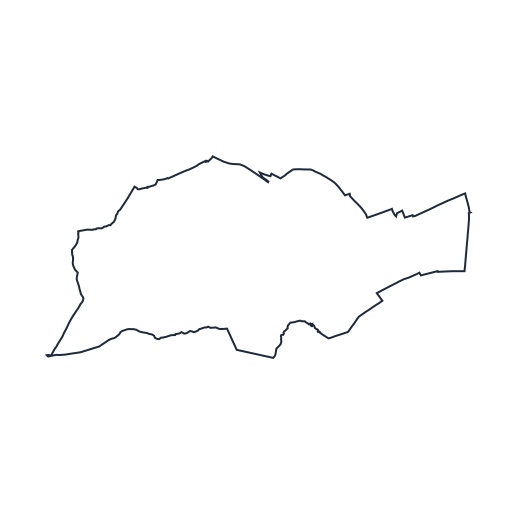 outline of Sarata, Bacau, Romania, rotated 355°
{"feature_id": "2599482B72000183415185", "entity_name": "Sarata", "entity_type": "district", "adm_level": 2, "iso_a3": "ROU", "parent_name": "Romania", "parent_adm1": "Bacau", "projection": "natural_earth1", "projection_center": [26.869, 46.503], "detail": "fine", "context": "isolated", "style": "outline", "palette": "slate", "viewbox_px": 512, "rotation_deg": 355, "n_neighbors": 0, "source": "geoboundaries", "source_scale": "gbopen_adm2", "svg_char_len": 5714}
<svg xmlns="http://www.w3.org/2000/svg" viewBox="0 0 512 512"><g transform="rotate(355 256 256)"><path d="M473.1,231.4L472.6,231.1L472.3,227.7L472.3,226.5L471.9,224.1L471.4,221.1L470.1,214.2L469.8,211.9L468.0,212.4L464.1,213.7L457.9,215.8L453.6,217.1L450.3,218.2L445.3,220.0L441.6,221.3L437.6,222.9L435.5,223.7L433.6,224.4L432.9,224.7L418.2,229.9L416.0,230.3L415.6,229.0L409.7,230.3L407.7,230.7L405.6,223.5L400.2,225.7L399.0,228.8L397.7,227.2L397.3,226.2L396.8,225.2L396.0,223.1L395.5,220.9L394.6,221.2L393.5,221.5L392.4,221.8L391.6,222.0L388.0,223.0L385.8,223.6L378.1,225.6L370.2,227.6L369.8,226.3L369.2,224.1L366.9,220.1L365.5,217.9L364.8,216.9L364.1,216.0L362.5,214.0L361.8,213.1L358.9,209.7L354.9,204.6L354.8,202.2L349.9,203.3L347.6,199.5L344.5,194.7L342.5,192.0L340.4,189.6L338.0,187.5L333.4,184.0L329.6,181.4L327.4,179.8L322.4,177.1L320.9,176.0L318.0,174.6L313.8,174.2L306.5,173.3L303.3,173.1L301.5,173.0L300.0,173.2L299.1,173.7L298.8,173.9L293.9,176.7L291.7,178.4L287.1,180.8L279.8,176.1L278.6,175.3L278.1,176.2L277.7,177.1L277.3,177.8L273.9,176.5L269.6,174.6L267.2,173.2L267.7,174.4L268.4,176.2L269.0,177.4L269.9,178.6L271.4,179.9L273.3,181.4L274.2,182.4L274.8,182.8L274.4,183.5L271.2,180.7L263.5,174.3L261.0,172.3L258.5,170.3L252.7,165.8L250.7,164.7L247.9,163.3L244.5,162.8L241.3,162.4L237.4,161.5L232.4,159.4L229.3,157.6L225.9,155.6L221.6,153.0L221.2,153.6L220.0,154.9L218.1,156.4L216.4,157.8L215.8,157.6L215.7,157.1L215.5,156.9L215.1,157.0L214.6,157.6L214.2,157.9L213.9,157.8L214.4,157.2L215.0,156.5L207.2,159.5L204.3,161.2L201.1,162.5L198.6,163.4L196.3,164.2L194.5,164.6L192.2,165.3L189.5,166.2L188.0,166.7L186.2,167.3L185.5,167.6L182.5,168.6L182.2,168.7L180.5,169.3L179.6,169.6L175.2,171.1L174.7,170.7L171.1,171.6L166.3,171.9L164.7,171.7L162.6,175.4L162.1,176.1L159.8,176.9L157.8,177.2L156.0,177.7L153.9,177.7L153.8,178.6L151.5,178.4L150.5,178.6L149.4,178.7L146.9,179.1L145.8,179.3L145.3,179.4L144.0,179.1L143.4,178.1L143.1,177.9L142.5,177.4L141.0,176.3L139.9,178.0L139.3,178.7L138.6,179.8L137.4,181.4L135.9,183.6L135.3,184.3L134.9,184.9L134.3,185.7L134.0,186.2L132.8,187.8L131.7,189.2L131.4,189.6L128.6,193.1L128.1,193.8L127.2,194.9L125.8,196.6L124.6,198.1L122.4,199.6L121.6,201.8L120.8,202.5L120.1,203.2L119.7,204.5L119.4,206.2L118.4,208.1L117.8,208.9L117.2,209.8L116.2,210.4L114.0,212.0L113.8,212.6L111.9,212.5L109.2,213.5L107.4,213.5L106.1,214.4L104.2,215.0L101.8,214.6L99.4,214.8L98.9,215.4L96.4,215.3L95.7,215.7L92.6,215.3L90.4,215.0L85.8,215.4L81.1,215.8L80.9,216.4L81.2,217.5L80.7,218.4L80.8,219.5L80.8,221.1L80.6,222.7L79.7,224.6L79.3,226.5L78.1,228.5L76.6,230.5L73.3,233.8L73.1,235.3L73.0,236.3L73.1,237.6L73.0,238.8L73.5,240.2L73.6,242.0L73.3,244.4L72.8,247.0L72.9,248.7L73.3,250.5L74.3,253.3L74.9,254.4L77.0,256.9L76.2,259.8L75.5,262.1L75.4,263.9L76.2,267.3L76.9,270.2L77.3,273.3L78.0,276.7L78.1,278.2L78.6,279.3L80.0,281.9L80.4,283.4L79.3,286.2L76.8,288.9L74.6,292.2L71.8,295.6L68.6,299.6L65.9,303.3L63.3,307.4L60.9,311.6L58.1,315.8L56.2,319.3L53.8,322.5L51.1,326.1L48.9,329.4L47.6,330.7L47.4,331.0L46.8,331.8L45.1,334.4L44.2,335.7L43.5,336.9L43.1,337.4L42.1,337.0L40.5,336.5L40.2,336.5L38.9,336.6L39.2,337.0L40.2,338.0L45.3,337.4L46.2,337.3L47.0,337.2L48.9,337.1L50.9,337.5L52.6,337.5L57.7,337.6L59.8,337.4L66.3,337.0L72.8,336.6L91.8,332.5L101.4,327.2L103.1,326.4L105.7,325.7L107.3,325.5L108.7,325.0L111.6,323.0L113.2,321.8L114.4,320.0L116.4,319.0L118.9,318.4L120.7,317.9L122.6,317.7L125.8,318.0L127.7,318.2L130.2,319.0L131.7,320.0L133.3,321.1L136.2,322.1L140.7,323.2L142.7,324.3L145.6,325.1L147.5,326.5L147.9,327.7L148.3,328.7L149.6,329.6L150.8,330.1L152.2,330.4L154.2,329.1L155.4,329.2L159.9,328.6L164.5,327.5L168.7,327.7L169.1,326.8L173.0,326.5L175.1,325.3L177.8,327.1L180.3,326.8L182.0,325.8L183.8,325.0L186.0,325.7L187.1,326.4L189.2,326.1L191.7,325.2L193.0,324.0L194.9,323.6L198.6,322.7L200.3,322.9L202.2,322.2L204.3,323.6L209.5,323.7L210.5,324.0L212.9,325.4L216.3,325.8L220.8,325.8L228.6,347.8L264.3,359.0L265.9,357.3L266.7,356.0L268.3,350.0L271.6,347.3L272.8,346.0L273.7,344.0L273.8,342.6L273.6,341.3L274.0,340.3L274.0,339.1L273.8,338.0L274.2,337.0L275.2,336.8L276.1,336.9L276.8,336.2L277.0,335.6L276.8,334.6L277.4,333.7L279.0,332.7L280.2,331.6L281.2,330.9L281.3,329.2L281.8,328.0L284.4,325.4L288.2,325.3L289.9,324.9L294.2,324.2L295.8,325.0L298.9,325.3L299.7,326.2L302.0,327.8L302.4,328.2L302.8,328.7L303.5,328.6L303.9,328.2L304.1,328.0L304.3,328.2L304.5,328.5L304.8,328.5L305.1,328.5L304.7,328.8L304.5,329.1L304.3,329.4L304.4,329.6L304.7,329.6L305.0,329.9L304.9,330.2L305.0,330.5L305.5,330.8L305.8,330.8L306.0,330.5L306.0,330.2L306.1,329.9L306.4,329.7L306.7,329.8L307.0,329.7L307.3,329.9L307.6,330.3L307.8,330.5L308.0,331.1L308.1,331.6L308.4,332.5L308.6,333.0L309.0,333.4L309.4,333.7L310.4,334.3L310.7,334.4L310.8,334.6L310.9,334.8L311.2,335.0L311.3,335.4L311.1,335.8L310.9,336.4L311.2,337.0L311.7,337.0L312.0,336.9L312.3,336.8L312.4,337.0L312.6,337.3L313.1,337.5L313.2,337.8L313.3,338.3L313.7,338.6L315.0,339.7L318.8,342.7L321.0,344.3L322.9,344.1L328.4,342.6L333.8,341.4L338.0,340.4L339.6,340.0L340.2,340.0L340.7,339.8L341.7,338.9L343.4,336.9L345.5,334.4L347.7,332.0L350.6,328.4L352.8,325.8L354.0,324.9L360.1,321.4L364.7,319.0L367.7,317.2L371.1,315.4L374.9,313.4L378.0,311.6L375.9,308.2L374.3,305.5L373.1,303.5L381.2,300.1L387.7,297.4L393.0,295.3L396.8,293.7L401.3,292.0L406.1,290.9L413.5,288.4L417.3,286.9L418.6,289.7L435.5,286.9L435.6,287.6L440.2,287.8L449.3,288.2L462.4,289.3L463.0,286.1L463.4,284.3L463.7,282.4L465.3,273.0L466.3,267.6L467.1,262.7L467.9,258.5L468.4,255.6L468.8,253.0L469.6,248.6L470.3,244.6L471.2,239.0L471.5,236.7L471.6,235.5L471.6,234.8L471.7,234.3L471.7,233.0L471.7,231.8L472.4,231.6L473.1,231.4Z" fill="none" stroke="#1e293b" stroke-width="2"/></g></svg>